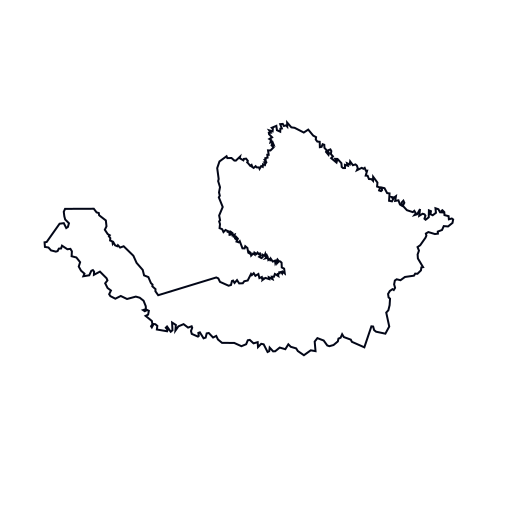 outline of Solano, Caquetá, Colombia, rotated 343°
{"feature_id": "7082276B1556586451217", "entity_name": "Solano", "entity_type": "district", "adm_level": 2, "iso_a3": "COL", "parent_name": "Colombia", "parent_adm1": "Caquetá", "projection": "equal_earth", "projection_center": [-73.482, 0.241], "detail": "fine", "context": "isolated", "style": "outline", "palette": "ink", "viewbox_px": 512, "rotation_deg": 343, "n_neighbors": 0, "source": "geoboundaries", "source_scale": "gbopen_adm2", "svg_char_len": 6131}
<svg xmlns="http://www.w3.org/2000/svg" viewBox="0 0 512 512"><g transform="rotate(343 256 256)"><path d="M87.2,155.1L85.1,157.5L84.3,162.0L84.2,165.3L86.7,170.0L84.6,173.2L82.7,173.8L81.8,168.4L77.6,167.7L59.9,181.4L57.8,181.1L56.8,185.6L60.0,187.2L61.6,190.7L65.9,193.3L67.7,193.3L69.6,191.3L71.8,191.8L73.5,189.4L77.6,194.4L80.6,194.9L81.3,197.7L79.6,202.3L83.8,204.9L86.0,210.5L83.4,214.3L84.4,218.9L86.8,222.7L85.0,224.9L90.9,225.7L94.2,222.0L95.9,221.8L96.6,223.6L95.5,226.6L102.2,225.3L106.6,233.6L106.8,235.9L103.8,238.0L104.7,243.2L107.2,246.6L104.4,249.6L105.0,251.8L109.0,255.7L115.0,254.7L120.1,259.4L129.2,259.7L132.6,261.9L135.4,265.9L135.9,271.7L135.2,274.6L132.2,274.7L133.5,276.3L136.1,275.8L137.5,277.1L135.7,280.5L132.9,281.0L137.4,287.7L137.0,291.0L135.1,292.5L135.5,293.8L138.2,291.1L139.8,291.8L141.2,294.0L139.7,297.3L149.0,302.0L149.8,300.8L148.8,298.2L150.3,297.4L152.3,303.5L154.4,302.6L156.3,295.1L159.2,298.5L157.1,303.8L161.2,300.6L166.8,300.0L170.1,304.6L173.9,304.4L174.0,306.0L171.9,308.7L171.8,311.7L176.9,316.1L177.9,315.7L178.4,312.7L180.0,312.6L181.8,319.4L184.0,319.3L186.2,315.6L188.3,315.8L191.1,321.4L194.6,320.8L195.2,324.7L198.1,329.1L209.8,332.8L215.7,338.0L220.8,337.5L223.5,334.2L225.5,334.4L228.1,338.8L232.4,338.9L231.3,343.7L235.3,341.5L237.5,342.7L239.0,351.2L240.8,350.9L242.3,347.6L244.5,352.2L246.5,352.7L251.9,350.5L256.8,353.7L261.1,349.9L262.7,353.0L267.4,356.1L268.2,359.1L272.8,364.9L280.8,362.2L285.1,364.4L287.1,355.0L290.7,352.5L296.0,356.6L298.0,362.4L299.8,363.7L304.1,363.8L309.3,361.6L310.7,359.1L313.0,358.9L315.5,356.0L316.3,359.2L322.2,363.7L322.6,366.1L332.9,375.0L345.8,357.0L347.4,357.7L347.3,361.4L348.7,363.5L357.0,368.1L362.8,362.4L364.0,348.2L366.7,346.6L369.4,342.1L371.7,336.0L370.7,334.3L371.2,330.9L373.7,328.6L376.8,327.6L377.8,328.8L379.7,327.1L379.8,323.5L381.6,320.1L383.7,319.4L387.1,321.4L392.3,319.6L401.3,321.0L403.1,319.4L405.2,320.2L409.5,318.0L410.8,315.3L412.5,315.5L410.1,305.7L411.0,301.8L413.4,298.5L413.1,294.7L416.2,293.7L423.5,288.0L424.9,286.3L425.0,284.2L427.8,283.5L433.5,287.3L436.5,287.8L437.0,285.8L441.5,285.5L444.3,282.3L448.3,283.9L453.6,281.8L455.2,278.7L454.2,277.4L451.2,277.3L451.8,274.2L448.2,272.0L448.9,269.1L447.6,266.7L446.8,267.0L447.0,268.8L444.8,268.0L444.1,264.6L441.6,262.8L440.7,267.3L436.9,268.7L435.0,267.0L436.4,264.3L434.7,262.9L432.5,269.5L428.8,270.9L428.0,269.6L429.8,267.0L429.3,265.4L427.7,264.3L423.8,265.3L426.6,259.1L422.3,263.2L419.5,263.2L421.3,261.9L420.6,259.1L418.8,259.9L413.7,256.3L411.1,250.9L413.4,248.5L413.1,246.2L411.0,247.4L410.0,250.3L408.7,248.8L408.5,244.4L405.2,244.0L407.3,239.7L405.2,240.4L402.8,239.2L404.0,241.5L402.0,243.5L399.4,242.1L402.0,235.2L399.8,234.2L398.7,228.7L396.1,227.2L395.8,229.9L394.5,230.5L392.9,229.3L394.7,226.8L392.1,225.0L393.6,221.3L391.2,214.5L389.9,218.3L388.9,216.3L386.5,215.4L386.2,211.9L384.4,211.2L387.2,206.9L386.0,206.6L385.7,203.5L384.2,204.0L382.9,202.6L377.6,203.5L379.0,201.8L378.9,199.1L377.9,197.5L375.2,197.5L373.7,193.1L372.4,195.9L370.2,193.9L370.2,196.5L367.7,194.8L366.8,197.9L365.0,197.4L364.0,195.9L364.8,192.2L362.3,187.0L360.3,186.3L361.1,188.9L360.3,190.2L356.5,184.4L358.7,183.2L357.4,180.4L358.7,177.7L358.3,175.8L355.3,176.1L355.9,178.9L354.9,180.5L353.4,176.9L354.5,175.6L353.1,172.6L353.8,169.6L352.4,168.6L350.6,170.8L348.9,170.6L350.3,165.4L348.1,164.5L347.2,162.1L348.2,159.9L345.9,157.6L342.9,150.4L337.8,151.9L330.4,144.7L327.4,143.3L324.8,137.5L323.7,141.4L323.0,139.9L320.7,139.8L320.2,137.5L317.7,137.0L318.0,141.6L316.5,141.4L315.5,144.2L312.8,141.8L313.5,137.5L308.6,138.0L309.3,139.3L308.3,141.7L305.3,139.7L306.1,142.4L304.3,142.0L304.1,143.4L306.1,147.2L303.0,148.0L304.3,149.5L303.0,151.6L305.1,151.4L305.4,155.1L303.9,153.8L303.4,154.6L304.7,155.2L303.8,155.8L304.5,157.3L300.7,159.3L298.4,158.5L297.7,162.9L296.4,162.5L295.8,165.3L293.5,165.2L293.4,166.5L292.4,166.5L293.3,169.4L292.4,170.1L292.9,168.8L291.5,168.8L292.1,169.8L291.2,171.6L289.6,170.3L288.5,172.7L287.3,171.5L284.9,173.7L284.8,172.2L282.5,171.4L281.9,170.0L279.5,171.1L277.7,168.8L278.5,168.8L278.4,167.5L276.8,167.9L275.2,164.1L274.4,164.6L276.0,162.7L275.0,160.0L272.8,159.6L271.9,160.8L269.0,157.7L269.8,156.3L264.6,158.9L263.2,158.4L261.2,155.1L257.2,154.0L257.0,152.0L248.7,154.9L244.6,160.6L242.8,171.5L241.7,173.3L241.7,179.7L239.2,184.4L239.0,187.8L237.6,189.0L238.5,199.4L232.6,206.5L232.1,211.3L230.9,212.1L230.9,215.0L229.3,218.7L231.5,220.5L231.9,223.6L234.5,222.2L236.1,223.8L235.8,225.4L236.7,224.2L237.6,224.8L236.9,228.0L238.9,228.2L238.2,226.1L238.9,225.4L240.3,227.4L239.7,229.5L241.8,229.3L240.5,231.1L241.8,231.8L241.1,233.1L242.2,234.8L243.1,234.7L243.2,233.1L243.7,234.1L241.6,236.5L243.5,237.9L244.8,237.1L245.3,244.7L247.3,245.4L248.6,243.5L250.1,245.8L249.6,250.6L250.6,251.7L250.7,249.8L251.8,251.4L251.5,254.2L254.0,252.8L255.2,254.3L255.7,252.5L257.1,254.3L258.5,253.2L259.2,255.0L260.5,254.7L260.5,256.9L258.8,257.7L260.6,259.6L262.0,259.1L262.7,256.7L264.2,258.3L265.4,256.8L265.2,259.1L266.5,258.1L266.8,259.8L264.6,261.0L266.8,261.1L266.6,263.4L268.4,262.8L268.4,265.1L269.4,263.1L270.4,266.2L272.8,266.0L272.4,268.6L275.5,265.5L275.9,266.5L274.6,268.8L276.6,267.7L277.7,268.4L278.5,269.9L277.3,274.5L279.2,276.3L278.4,281.1L276.8,278.8L275.9,280.3L275.3,278.6L273.5,278.4L273.4,279.5L271.7,279.5L271.5,281.7L268.8,278.7L267.1,281.1L265.1,280.4L265.1,283.0L262.1,280.1L261.9,282.0L258.6,279.7L255.3,280.8L256.1,279.5L255.2,279.3L255.4,277.8L252.8,278.1L253.0,273.9L249.6,274.8L248.8,271.8L246.4,273.1L246.0,271.7L240.9,277.0L237.4,276.7L235.4,278.2L231.9,277.3L230.8,273.5L227.6,275.5L226.9,272.8L225.7,272.9L223.6,276.4L221.1,276.4L214.0,270.2L213.4,266.4L211.7,264.9L151.0,264.9L149.5,260.3L150.2,258.3L148.0,254.7L148.7,253.1L147.6,251.2L146.9,244.7L143.3,241.8L143.6,236.2L139.8,227.7L138.8,219.9L132.3,208.0L128.5,208.2L127.1,205.3L126.2,206.1L124.4,204.6L123.7,201.5L122.6,202.4L122.9,200.1L121.0,198.5L121.9,196.3L121.1,194.1L122.2,193.4L120.6,191.7L119.1,186.7L121.7,183.9L122.8,178.1L117.9,171.2L118.2,168.9L116.3,167.7L114.7,163.4L87.2,155.1Z" fill="none" stroke="#020617" stroke-width="2"/></g></svg>